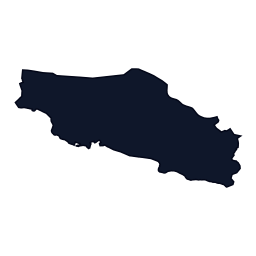 outline of Daugmales pag., Kekavas, Latvia
{"feature_id": "27541924B86442944632001", "entity_name": "Daugmales pag.", "entity_type": "district", "adm_level": 2, "iso_a3": "LVA", "parent_name": "Latvia", "parent_adm1": "Kekavas", "projection": "robinson", "projection_center": [24.43, 56.799], "detail": "fine", "context": "isolated", "style": "filled", "palette": "ink", "viewbox_px": 256, "rotation_deg": 0, "n_neighbors": 0, "source": "geoboundaries", "source_scale": "gbopen_adm2", "svg_char_len": 5428}
<svg xmlns="http://www.w3.org/2000/svg" viewBox="0 0 256 256"><path d="M131.8,69.0L123.9,74.9L92.7,78.3L80.1,77.3L69.5,76.6L56.7,75.7L52.7,73.4L43.1,72.8L33.9,71.2L27.8,70.3L22.7,70.0L21.9,78.1L22.0,78.2L21.9,78.5L22.2,79.0L22.3,79.3L22.4,79.5L22.5,79.6L22.5,79.9L22.5,80.2L22.5,80.4L22.6,80.6L22.9,81.5L23.0,81.7L23.2,82.1L23.3,82.2L23.3,82.3L22.3,82.6L21.4,82.9L21.3,83.0L20.6,83.2L19.8,83.6L20.2,85.0L21.0,87.3L21.3,88.2L22.0,90.2L22.2,90.6L22.0,92.5L21.9,94.6L21.8,96.4L20.8,97.3L20.1,97.9L19.3,98.8L18.9,99.2L17.7,100.4L17.0,101.0L15.4,102.5L16.3,103.9L18.7,107.4L21.0,107.8L21.4,107.8L23.9,107.5L24.2,107.5L26.9,108.0L27.2,108.1L28.8,108.4L29.5,108.6L31.6,109.0L32.1,109.1L32.2,109.6L32.2,110.1L32.2,110.3L32.3,110.3L32.5,110.5L32.9,110.8L33.1,110.9L33.3,110.9L33.7,110.9L34.1,110.9L34.4,110.8L34.5,110.8L35.1,110.2L36.0,109.2L36.3,109.0L36.6,109.0L37.0,108.9L37.5,109.0L39.7,110.1L40.9,110.6L42.8,111.6L46.4,113.3L47.5,114.4L49.3,116.2L50.4,117.3L51.1,118.0L51.2,118.5L51.2,119.0L51.1,119.3L51.2,119.6L51.2,120.2L51.2,120.4L51.2,120.7L51.2,120.9L51.3,121.2L51.5,121.6L51.6,121.9L51.8,122.2L52.0,122.6L52.2,123.0L52.5,123.4L52.7,124.0L53.0,124.4L53.3,125.0L53.2,125.5L52.8,127.0L52.4,128.1L52.0,129.3L51.8,129.7L51.5,130.5L51.6,131.3L51.7,131.9L51.9,132.2L52.0,132.4L52.4,133.0L52.6,133.3L52.8,133.5L53.1,133.6L53.3,133.7L53.4,133.8L53.5,134.0L53.6,134.3L53.7,134.5L53.9,134.6L55.0,135.1L56.6,134.8L58.9,135.7L60.3,138.4L60.7,138.6L61.7,138.9L62.2,139.2L62.5,139.2L63.7,139.5L64.5,139.6L64.8,139.7L65.1,139.8L65.9,140.4L67.7,141.6L68.0,141.8L68.1,142.0L68.3,142.4L68.7,143.0L68.8,143.1L70.5,143.8L71.1,144.0L73.1,144.6L73.3,144.6L73.7,144.9L74.1,145.2L74.5,144.5L75.3,142.0L79.8,143.6L80.0,143.6L80.2,143.9L80.3,144.2L79.7,145.0L79.0,145.1L78.4,145.2L78.0,145.2L77.7,145.3L76.4,145.8L76.2,145.9L76.3,146.0L78.6,146.4L79.0,146.1L79.6,145.9L79.9,145.8L80.2,145.7L80.5,145.7L80.9,145.7L81.1,145.6L81.8,145.5L83.2,145.3L83.3,145.3L84.2,145.5L84.9,145.6L85.0,145.6L86.1,145.8L86.3,146.0L86.6,146.7L87.7,147.8L88.7,148.5L89.0,148.2L89.5,147.7L89.7,147.8L89.8,147.5L90.3,145.4L90.6,144.6L90.9,144.0L90.9,143.8L90.8,143.7L90.7,143.7L90.5,143.4L89.9,143.0L89.9,142.9L91.5,141.8L94.0,141.3L93.9,141.9L94.7,142.8L95.8,142.4L97.8,140.8L99.2,140.2L100.0,140.6L100.3,141.4L101.0,142.6L99.5,143.4L99.6,144.2L100.1,145.7L103.3,145.6L104.3,144.9L104.5,145.1L105.4,145.4L105.8,145.6L106.8,146.3L106.8,146.2L113.6,149.7L117.9,151.0L120.7,151.8L123.4,153.0L123.5,153.0L123.8,153.1L124.4,153.4L124.5,153.4L124.4,153.4L129.7,155.7L129.8,155.7L131.7,155.9L136.7,156.6L138.1,156.8L138.5,156.9L139.2,156.9L141.7,157.2L141.8,157.2L142.0,157.2L146.2,157.8L150.4,158.4L151.1,158.5L151.3,158.6L156.4,160.6L158.5,161.5L158.6,161.8L158.7,162.0L158.9,162.2L159.1,162.4L159.3,162.6L159.5,162.9L159.5,163.0L159.6,163.3L159.7,163.7L160.0,164.4L160.0,164.5L160.0,164.8L159.9,165.0L159.7,165.4L159.6,165.6L159.6,165.8L159.7,166.3L159.6,166.5L159.5,166.8L159.2,167.2L158.8,168.0L158.6,168.5L158.5,169.2L158.4,169.7L158.5,170.3L158.5,170.7L158.8,171.1L159.1,171.4L159.6,171.8L159.8,171.9L159.9,172.0L161.0,172.1L161.7,172.3L162.7,172.5L163.5,172.8L164.0,172.9L165.0,172.9L165.5,172.7L165.8,172.6L167.7,171.4L168.1,171.3L168.4,171.2L169.1,171.1L169.8,171.0L170.7,170.8L171.0,170.7L171.6,170.7L172.2,170.8L173.5,170.8L174.1,170.8L176.7,171.5L177.5,171.9L178.4,172.3L179.3,172.9L180.6,173.5L181.3,173.8L182.5,174.4L183.0,174.6L183.8,175.2L184.7,175.8L185.0,176.1L185.5,177.1L186.1,177.9L186.7,178.6L187.2,179.0L187.5,179.1L189.0,179.5L189.8,179.8L190.2,180.0L190.6,180.1L191.1,180.1L191.6,180.0L192.4,179.8L193.0,179.7L193.9,179.7L195.6,179.5L196.1,179.5L198.2,179.8L198.8,179.9L200.1,179.6L200.5,179.7L201.2,179.8L201.5,179.8L204.0,179.7L204.4,179.7L205.2,179.8L205.9,180.0L206.4,180.2L206.8,180.4L207.6,180.8L208.0,180.9L208.4,181.0L208.6,181.1L208.8,181.2L209.2,181.4L209.7,181.5L210.9,181.6L211.4,181.7L211.7,181.7L212.7,182.1L212.9,182.2L213.2,182.2L214.3,182.2L215.4,182.3L215.8,182.4L216.1,182.5L216.9,182.9L217.4,183.0L218.0,183.2L220.0,183.3L222.0,184.0L222.7,184.3L223.6,184.4L223.9,184.6L224.4,185.1L225.2,185.7L225.7,186.4L226.3,186.8L226.7,187.0L232.9,184.5L233.7,181.8L230.9,178.4L232.1,174.4L236.7,172.7L240.1,168.5L239.9,165.8L238.1,162.7L237.6,162.4L236.0,160.9L235.3,161.0L232.2,160.2L231.7,158.3L234.0,155.2L233.5,154.0L233.6,153.2L234.4,152.6L234.7,151.8L235.0,151.4L235.2,150.9L236.1,149.9L236.6,149.1L236.3,148.5L236.7,148.0L238.0,147.4L238.2,145.6L238.2,144.7L238.3,143.3L238.2,142.6L238.0,141.2L237.6,139.8L237.3,138.3L240.3,136.2L240.6,136.0L234.0,134.6L233.8,134.4L230.1,128.8L228.9,129.7L226.6,131.0L224.8,130.6L223.5,131.2L221.7,131.9L221.1,131.9L220.2,131.1L216.5,128.4L215.5,127.1L214.9,126.3L214.8,126.0L214.1,125.0L214.2,124.9L216.4,123.1L216.5,123.1L216.8,122.9L218.1,121.9L218.6,120.6L218.6,120.2L218.5,119.9L218.0,119.5L217.9,119.2L217.1,117.3L217.0,116.8L214.1,117.6L210.1,118.4L206.8,118.4L204.0,118.0L200.8,116.7L199.2,115.9L197.6,114.7L195.9,112.7L194.6,111.0L193.0,109.0L192.0,108.1L189.9,107.3L185.9,106.1L183.3,105.0L182.3,104.5L180.8,103.1L179.5,101.9L178.0,100.6L176.4,99.7L174.3,99.1L172.5,98.6L171.2,98.1L170.0,97.4L169.2,96.9L168.5,96.0L167.5,94.6L167.0,93.1L166.9,91.5L166.8,90.4L166.9,89.1L167.0,87.5L167.1,84.8L164.9,83.0L162.0,80.8L156.6,77.6L153.9,75.9L151.8,74.9L149.2,73.7L146.6,72.6L144.6,71.7L141.4,70.4L139.0,69.3L138.3,69.1L135.4,69.0L131.8,69.0Z" fill="#0f172a" stroke="#020617" stroke-width="1.5"/></svg>